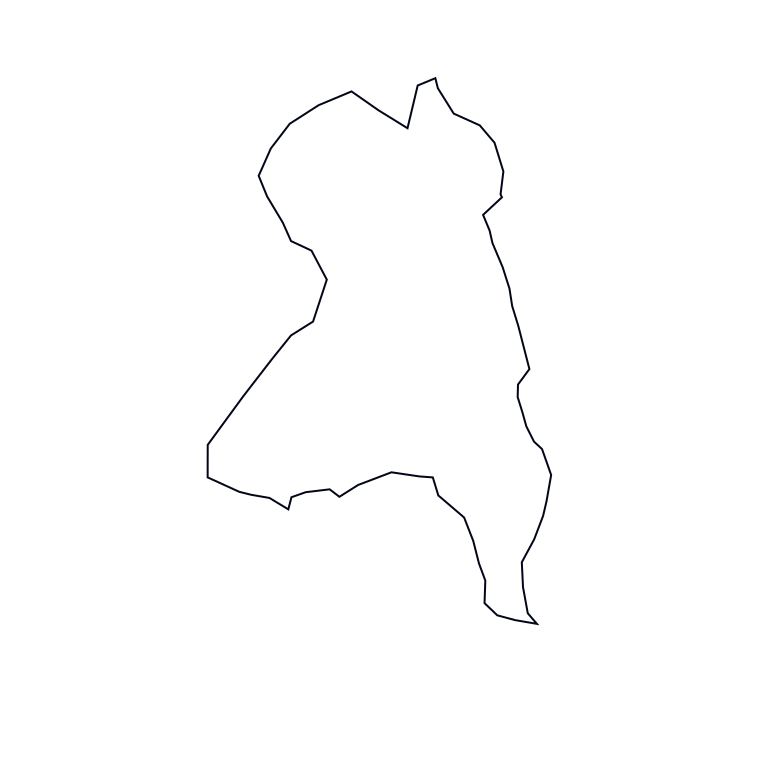 Pano Akourdaleia, Paphos, Cyprus (orthographic projection), rotated 156°
{"feature_id": "46923920B48631542853704", "entity_name": "Pano Akourdaleia", "entity_type": "district", "adm_level": 2, "iso_a3": "CYP", "parent_name": "Cyprus", "parent_adm1": "Paphos", "projection": "orthographic", "projection_center": [32.446, 34.944], "detail": "fine", "context": "isolated", "style": "outline", "palette": "ink", "viewbox_px": 768, "rotation_deg": 156, "n_neighbors": 0, "source": "geoboundaries", "source_scale": "gbopen_adm2", "svg_char_len": 1030}
<svg xmlns="http://www.w3.org/2000/svg" viewBox="0 0 768 768"><g transform="rotate(156 384 384)"><path d="M200.3,506.6L200.4,509.8L188.5,529.6L184.9,559.4L191.3,581.3L210.3,602.6L214.5,632.3L212.7,642.5L231.8,643.0L258.5,608.1L277.7,636.3L294.7,664.5L330.2,665.3L364.2,660.1L391.6,645.2L407.1,631.2L413.8,625.2L414.5,602.9L410.8,572.4L410.8,552.4L396.0,535.3L393.8,502.6L423.4,469.9L449.2,466.2L476.6,452.1L518.0,429.8L569.8,400.1L583.1,370.4L560.1,344.4L550.5,336.9L535.0,326.5L522.4,308.4L514.6,318.2L499.5,317.0L489.2,313.8L476.5,309.9L470.6,299.1L448.7,302.3L413.1,300.3L389.3,285.2L377.4,278.8L379.7,260.1L365.1,229.4L366.3,204.3L370.2,181.6L371.4,163.2L381.3,142.9L374.6,126.6L360.3,115.0L341.9,102.7L345.9,116.1L339.6,142.0L330.6,165.1L310.0,181.0L292.3,198.8L283.2,210.8L268.3,232.9L266.1,260.3L270.4,270.3L271.2,287.4L269.1,301.7L267.2,317.7L261.8,329.0L245.1,338.5L237.7,382.4L235.2,403.1L230.6,420.0L228.1,442.4L227.6,468.6L225.1,481.3L224.7,498.2L200.3,506.6Z" fill="none" stroke="#020617" stroke-width="2"/></g></svg>